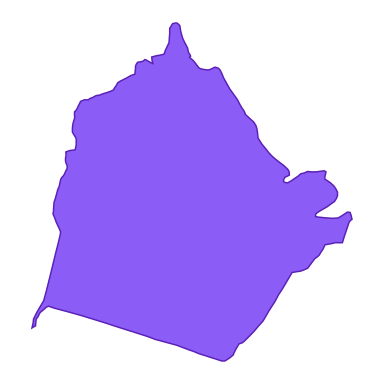 outline of Baladruz, Diyala, Iraq
{"feature_id": "34846034B64184275342457", "entity_name": "Baladruz", "entity_type": "district", "adm_level": 2, "iso_a3": "IRQ", "parent_name": "Iraq", "parent_adm1": "Diyala", "projection": "mercator", "projection_center": [45.392, 33.561], "detail": "fine", "context": "isolated", "style": "filled", "palette": "violet", "viewbox_px": 384, "rotation_deg": 0, "n_neighbors": 0, "source": "geoboundaries", "source_scale": "gbopen_adm2", "svg_char_len": 3345}
<svg xmlns="http://www.w3.org/2000/svg" viewBox="0 0 384 384"><path d="M32.0,327.9L33.6,326.9L35.5,325.9L35.9,321.6L36.2,319.1L38.1,316.6L39.5,313.5L40.4,312.3L43.7,309.6L46.3,307.2L48.1,306.4L48.5,306.2L54.8,308.3L67.9,311.8L82.2,315.8L104.2,322.6L115.5,326.3L139.1,333.8L147.3,336.4L155.3,339.4L176.3,345.1L189.4,350.0L193.5,351.4L198.7,353.6L199.0,353.7L221.9,361.0L224.9,361.0L230.0,357.7L233.3,354.9L233.7,353.5L236.0,349.0L239.0,343.9L242.5,342.7L244.4,341.1L244.9,340.6L250.5,335.0L254.1,331.3L258.6,325.9L262.9,321.2L265.0,317.7L268.6,311.4L275.2,301.1L278.4,295.0L282.7,288.4L289.5,276.9L292.1,272.5L297.8,271.5L300.1,271.3L302.1,270.6L304.4,269.7L307.7,268.2L311.3,263.3L314.6,258.9L317.7,256.5L319.1,255.3L321.3,251.6L323.0,249.2L325.0,244.8L331.7,243.6L335.2,242.7L342.4,242.7L344.2,236.8L349.1,222.2L350.5,220.4L352.0,219.4L351.2,215.7L350.1,212.4L347.3,212.1L345.2,213.6L341.3,216.1L338.1,218.0L332.2,218.3L325.0,217.8L318.3,217.1L315.6,216.6L315.6,214.3L317.3,212.6L321.5,210.0L326.8,207.0L331.7,203.4L334.4,201.6L336.4,198.5L337.5,195.7L337.5,192.2L336.0,189.1L334.0,186.1L330.1,182.5L325.0,179.2L324.8,177.6L325.6,173.6L326.0,171.9L324.4,170.8L320.9,171.2L315.8,171.9L312.1,171.9L307.4,171.5L304.6,172.9L300.7,173.8L298.0,176.2L291.1,180.9L287.8,182.8L285.0,182.5L283.6,181.6L283.6,180.4L284.0,178.8L285.2,177.1L287.2,176.2L289.3,175.2L289.3,173.8L289.1,171.7L287.8,169.3L283.5,165.3L280.7,163.2L276.4,159.9L272.5,156.6L269.3,153.3L265.6,148.6L262.1,144.4L259.5,140.4L258.0,137.8L257.9,136.4L257.8,135.4L257.4,131.7L256.8,128.4L255.8,125.3L253.7,122.0L251.3,119.9L248.0,116.8L245.4,114.5L244.9,112.8L243.9,110.7L241.7,107.6L239.6,103.9L237.4,99.6L234.7,95.8L229.8,89.0L223.5,77.7L221.7,73.2L220.0,69.9L218.4,68.2L215.7,67.3L214.5,67.3L212.3,68.5L209.0,69.9L207.0,69.9L203.5,69.4L200.4,68.7L198.6,67.5L196.7,64.9L194.7,62.3L192.9,60.2L189.6,57.4L189.8,56.6L190.2,56.4L190.6,56.2L190.0,54.6L189.2,53.7L188.3,51.8L187.6,48.1L186.5,45.9L185.5,44.0L184.0,41.1L182.6,38.1L181.7,34.9L180.8,31.6L180.2,28.1L179.9,25.8L178.8,24.5L176.9,23.0L175.1,23.0L172.6,23.7L172.5,23.8L172.3,24.1L171.1,26.3L169.7,28.2L169.7,33.2L169.0,42.7L167.9,45.0L165.3,50.5L164.2,53.9L163.6,54.2L159.9,55.2L157.4,55.5L153.9,56.4L151.7,57.0L152.1,60.7L152.9,63.5L150.9,62.7L146.0,59.9L144.8,59.6L143.0,61.2L142.2,61.4L140.6,61.8L137.7,62.2L137.2,62.8L136.2,64.4L135.5,66.2L135.5,68.5L135.2,70.9L134.9,74.2L131.1,75.4L126.2,78.2L120.7,80.9L117.8,82.7L116.3,85.4L114.2,88.4L113.5,89.9L110.6,91.3L107.1,92.5L101.4,94.3L99.2,95.3L97.5,95.3L95.7,95.8L92.8,97.4L89.7,98.6L88.4,99.8L84.1,99.8L82.7,100.6L80.6,101.3L79.7,103.3L78.4,105.7L77.0,108.8L76.2,110.2L74.5,111.9L74.5,113.3L74.5,115.1L74.7,116.9L74.4,119.0L73.4,121.8L72.7,125.1L72.4,128.4L72.4,130.4L72.4,132.0L73.5,134.1L74.7,135.9L76.2,138.6L76.2,140.8L76.2,144.9L75.2,149.8L72.7,150.2L70.4,150.4L67.7,151.2L65.8,152.0L66.0,153.5L66.0,155.9L65.5,158.2L65.5,161.0L65.9,162.7L67.2,165.9L67.2,167.1L66.9,169.2L65.7,171.0L65.1,172.7L64.1,174.7L62.8,176.5L61.8,177.4L60.7,179.4L59.2,186.3L57.7,189.8L56.7,193.5L55.3,198.6L54.1,202.1L53.6,208.0L53.5,210.9L53.0,213.9L54.9,218.4L56.2,222.1L59.2,228.5L60.6,231.8L60.3,234.3L57.9,244.5L56.4,250.2L53.3,262.8L51.7,269.5L48.8,281.2L46.2,291.5L43.7,300.7L41.6,304.2L36.7,312.6L33.5,319.1L33.2,322.5L32.0,327.9Z" fill="#8b5cf6" stroke="#5b21b6" stroke-width="1.5"/></svg>